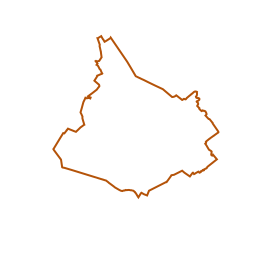 outline of Roosendaal, Noord-Brabant, Netherlands, rotated 45°
{"feature_id": "6326949B28559348449199", "entity_name": "Roosendaal", "entity_type": "district", "adm_level": 2, "iso_a3": "NLD", "parent_name": "Netherlands", "parent_adm1": "Noord-Brabant", "projection": "orthographic", "projection_center": [4.432, 51.51], "detail": "fine", "context": "isolated", "style": "outline", "palette": "amber", "viewbox_px": 256, "rotation_deg": 45, "n_neighbors": 0, "source": "geoboundaries", "source_scale": "gbopen_adm2", "svg_char_len": 4833}
<svg xmlns="http://www.w3.org/2000/svg" viewBox="0 0 256 256"><g transform="rotate(45 128 128)"><path d="M90.2,195.7L90.5,195.8L91.3,196.0L102.8,197.7L103.1,197.8L109.2,202.3L109.3,202.3L110.0,202.0L111.1,201.2L117.7,197.6L148.9,181.1L149.5,180.7L152.4,180.3L152.8,180.3L153.2,180.3L155.7,179.9L159.2,179.4L161.1,179.2L161.7,179.0L162.1,178.9L165.5,178.0L167.0,177.5L167.5,177.3L168.0,177.0L168.3,176.7L168.7,176.4L168.7,176.2L168.9,175.8L169.0,175.5L169.1,175.3L169.2,175.2L169.4,175.0L169.6,174.7L169.8,174.6L169.9,174.3L169.9,174.2L170.0,174.0L170.1,173.8L170.1,173.7L170.4,173.6L170.5,173.5L170.6,173.3L170.7,173.2L171.2,172.5L171.5,172.3L171.6,172.2L171.9,171.8L172.3,171.3L172.5,171.1L173.5,170.4L173.8,170.2L174.0,170.1L174.4,169.6L174.6,169.5L175.0,169.3L175.2,169.2L175.5,169.0L175.6,168.9L175.9,168.7L176.1,168.6L176.4,168.5L176.5,168.5L176.8,168.5L177.5,168.5L178.1,168.5L178.3,168.4L178.4,168.5L178.5,168.6L179.2,168.5L180.6,168.8L183.8,169.6L184.4,169.7L183.4,165.5L183.3,165.2L183.3,164.3L184.0,164.1L186.0,163.6L189.2,162.2L187.8,158.9L187.2,157.5L193.3,138.9L193.3,138.7L193.5,138.7L192.4,131.8L192.1,130.7L193.6,128.6L193.7,128.3L196.5,119.9L199.5,119.7L206.0,118.5L205.4,114.0L205.4,113.9L205.5,113.7L207.3,113.9L207.5,113.4L207.9,111.6L208.6,109.1L208.8,108.9L209.1,108.9L209.9,109.1L210.1,109.1L210.3,108.8L210.6,107.5L210.6,107.4L210.5,107.2L210.2,106.9L211.4,104.5L210.8,104.4L210.9,104.2L211.7,101.6L211.8,101.3L212.0,101.1L212.0,100.7L211.9,100.2L211.6,99.3L212.5,91.6L213.0,87.3L207.2,86.8L207.4,87.4L207.3,87.7L207.2,87.9L206.4,88.2L206.1,88.1L205.9,88.1L205.6,87.9L203.9,85.6L203.6,85.5L203.3,85.5L202.1,85.7L200.8,86.1L201.1,86.2L198.2,85.5L196.0,84.9L193.8,84.5L193.9,83.9L193.9,83.7L193.8,83.4L193.7,83.2L193.2,83.0L192.9,82.9L192.8,82.7L192.8,81.8L192.9,81.0L193.2,78.1L193.3,77.9L193.4,76.7L194.3,71.5L194.7,69.0L194.7,68.9L195.0,67.5L195.0,67.4L194.9,67.3L194.8,67.0L194.8,66.9L194.6,66.8L193.9,66.6L184.6,64.9L184.3,64.6L184.2,64.5L183.5,64.5L179.8,64.1L179.5,64.1L179.3,64.2L179.2,64.2L178.8,64.5L178.6,64.5L178.3,64.6L176.0,64.5L174.3,64.4L174.0,64.4L174.0,63.8L173.9,63.2L173.8,62.9L173.7,62.8L173.7,62.6L173.0,62.2L172.5,62.0L171.6,61.7L171.1,61.5L170.9,61.5L169.7,62.0L169.2,62.5L168.4,62.7L168.3,62.8L168.4,63.2L168.3,63.3L168.3,63.5L168.1,63.7L167.9,63.8L167.9,64.0L166.2,64.1L164.7,64.0L164.4,63.5L161.4,63.5L161.1,63.1L161.1,62.9L161.1,62.6L161.0,62.3L160.9,61.8L160.8,61.7L160.6,61.4L160.1,61.0L159.6,60.8L159.4,60.8L158.7,60.9L158.0,60.8L157.9,60.8L157.8,60.7L157.8,60.4L157.9,60.2L158.1,59.7L158.3,59.2L158.4,58.5L158.4,58.2L158.4,57.8L158.4,57.6L158.3,57.4L158.0,57.0L157.8,56.9L157.6,56.8L157.0,56.9L156.7,57.0L156.3,57.4L155.9,57.8L155.5,58.0L155.3,58.1L155.0,58.2L154.6,58.2L154.4,58.1L154.2,57.9L153.8,57.7L153.9,57.1L153.8,56.8L153.8,56.7L153.6,56.3L152.9,55.3L152.8,55.2L152.6,55.0L151.9,54.4L151.6,54.2L151.3,53.7L150.9,53.8L150.7,53.9L150.4,54.1L150.1,54.4L149.9,54.5L149.7,54.6L149.6,54.8L149.5,55.0L149.3,55.4L149.2,55.9L149.1,56.2L149.1,57.5L149.0,57.8L149.1,58.2L148.9,58.9L148.8,59.3L148.9,60.0L148.7,61.2L148.7,61.6L148.6,62.2L148.6,62.3L148.4,64.7L148.3,65.2L148.4,65.4L148.5,66.3L148.5,66.6L148.5,67.0L148.2,67.3L147.8,67.4L147.5,67.5L147.1,67.7L147.0,67.8L146.9,67.9L146.6,69.7L146.4,69.9L145.9,69.9L143.8,70.2L143.4,70.2L142.3,70.4L141.2,70.5L139.6,70.7L139.0,70.8L139.0,71.4L138.9,72.1L138.6,72.7L138.4,73.4L138.0,74.0L137.3,74.9L125.2,75.9L117.2,78.8L110.0,81.3L104.6,83.1L104.2,83.3L103.9,83.4L96.9,85.9L87.7,83.5L80.5,81.7L51.8,76.3L52.0,76.9L52.0,77.0L52.0,77.3L51.9,77.5L51.1,81.2L50.5,83.6L50.4,83.6L48.0,82.9L47.9,82.9L47.6,83.0L44.1,82.0L43.2,85.7L43.2,85.9L43.0,86.1L49.2,89.1L50.0,90.2L52.1,91.5L54.2,92.9L54.3,92.9L54.4,93.0L54.7,93.1L55.9,94.1L57.5,95.3L58.3,95.9L58.5,96.1L59.3,96.6L60.2,100.9L59.6,101.9L59.9,102.2L60.0,102.2L58.3,103.1L57.9,103.2L57.8,103.6L60.9,104.0L61.1,105.4L61.3,105.3L61.7,105.4L63.1,105.3L66.0,106.3L66.4,106.4L66.6,106.4L67.0,106.3L67.2,106.2L70.1,107.4L71.3,107.7L71.3,107.9L71.3,108.0L70.5,109.7L70.1,110.7L70.0,111.0L69.9,111.3L69.4,112.4L69.5,112.4L69.6,113.0L70.8,118.3L72.5,118.2L72.9,118.2L73.5,118.1L73.8,118.1L75.5,118.0L75.9,117.9L77.0,117.9L77.7,118.3L78.2,118.7L78.4,119.9L78.4,120.4L78.8,123.0L78.1,128.6L77.3,133.9L77.6,133.9L78.1,133.7L80.0,132.9L80.4,133.8L79.4,134.2L79.2,134.4L78.9,134.6L77.8,136.2L76.5,136.7L77.1,138.2L77.4,138.9L77.5,139.4L78.0,140.7L78.1,141.1L79.5,143.6L81.0,146.2L83.1,150.0L83.3,150.4L83.5,150.6L85.1,151.1L87.7,152.1L87.8,152.2L88.7,153.2L89.1,153.5L91.1,154.6L91.5,154.8L91.4,154.8L92.4,155.3L94.2,156.3L94.8,156.6L94.6,157.1L94.4,158.8L94.0,161.2L94.0,161.4L94.0,163.1L93.9,167.5L91.3,168.7L91.2,168.7L87.5,170.3L86.0,170.9L86.1,171.6L86.2,172.7L86.3,172.7L86.5,174.4L86.8,176.8L85.8,177.4L87.2,183.3L90.2,195.6L90.2,195.7Z" fill="none" stroke="#b45309" stroke-width="2"/></g></svg>